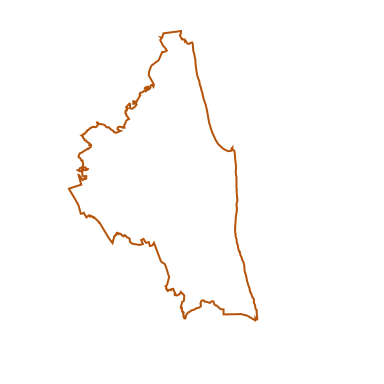 eThekwini, KwaZulu-Natal, South Africa (Albers equal-area conic projection), rotated 319°
{"feature_id": "47623444B60178842862169", "entity_name": "eThekwini", "entity_type": "district", "adm_level": 2, "iso_a3": "ZAF", "parent_name": "South Africa", "parent_adm1": "KwaZulu-Natal", "projection": "albers", "projection_center": [30.82, -29.885], "detail": "fine", "context": "isolated", "style": "outline", "palette": "amber", "viewbox_px": 384, "rotation_deg": 319, "n_neighbors": 0, "source": "geoboundaries", "source_scale": "gbopen_adm2", "svg_char_len": 5948}
<svg xmlns="http://www.w3.org/2000/svg" viewBox="0 0 384 384"><g transform="rotate(319 192 192)"><path d="M290.2,79.1L288.5,78.5L286.7,78.2L286.1,77.3L285.9,75.6L286.5,74.1L286.4,73.6L285.4,73.8L286.0,72.3L286.4,72.0L284.6,70.2L284.9,69.9L284.7,69.8L285.5,65.9L287.4,65.2L289.3,63.3L274.5,53.5L270.9,55.8L269.9,54.8L270.1,55.9L267.7,56.5L266.2,62.0L266.2,67.1L266.0,67.5L265.8,68.7L264.1,68.5L261.8,67.4L261.4,66.8L253.2,70.7L244.6,70.0L242.7,70.7L238.3,73.2L235.9,75.7L233.7,86.0L232.0,87.2L232.2,85.6L231.8,84.7L230.6,84.5L229.4,85.8L228.6,86.1L227.8,86.0L227.5,85.7L227.5,85.0L228.0,84.0L228.0,83.6L225.7,82.7L224.5,82.6L224.2,83.2L224.7,84.4L226.4,85.4L226.5,86.2L224.9,85.6L223.0,85.6L222.1,84.2L219.6,84.2L218.6,83.4L217.7,83.2L216.3,84.1L216.3,85.3L214.6,85.6L212.5,86.5L211.3,86.6L210.5,87.2L209.6,87.5L208.8,87.1L207.3,85.0L206.2,86.1L205.6,87.0L207.8,88.2L207.9,88.7L207.6,89.6L206.4,90.0L204.3,90.2L203.7,90.0L202.5,90.3L202.0,90.1L200.5,89.0L200.2,88.2L202.7,85.4L203.0,84.9L202.8,84.3L198.1,84.7L197.7,85.3L198.5,86.7L197.2,87.0L196.5,87.6L196.1,87.7L195.4,87.1L194.9,87.2L194.2,88.4L193.3,88.8L193.2,89.3L193.5,90.1L192.5,91.8L192.7,92.7L192.6,94.1L192.3,94.5L192.4,95.5L190.0,95.1L188.6,95.3L187.3,95.9L186.6,96.5L184.8,97.1L184.0,97.7L183.7,98.5L183.4,98.9L183.2,98.8L182.9,97.9L182.3,97.5L182.3,98.3L181.4,97.3L181.5,96.8L180.4,95.4L178.9,94.6L178.2,94.7L177.7,95.3L177.0,95.6L177.7,98.4L178.1,99.0L173.5,97.5L173.5,97.1L172.4,95.5L172.7,94.1L171.8,91.5L171.7,88.4L170.6,88.0L169.8,86.1L170.0,85.1L169.8,83.6L168.2,81.4L166.6,79.9L166.5,78.0L165.5,76.5L165.7,77.7L165.4,79.1L164.2,80.0L163.5,79.9L162.6,80.1L161.7,79.8L161.1,78.7L160.6,78.6L159.4,77.5L157.5,77.4L157.3,77.1L156.8,76.9L155.0,77.2L154.0,77.0L153.7,76.7L152.2,77.4L151.8,77.1L149.1,77.7L147.9,77.0L147.0,77.4L145.7,76.9L146.1,78.5L145.3,79.5L145.5,81.4L145.0,82.1L145.3,83.1L145.8,83.6L145.8,84.4L145.4,84.9L146.6,88.1L146.3,88.6L145.3,89.1L145.6,89.5L146.6,89.9L146.6,90.6L145.2,91.5L144.3,91.4L143.0,91.6L142.5,91.5L142.7,91.3L142.1,90.9L139.0,90.6L137.1,90.1L135.1,90.1L132.6,89.2L129.5,90.8L129.3,91.5L129.9,92.8L129.6,94.1L129.3,94.8L129.2,96.0L129.4,96.3L129.8,96.2L130.1,96.5L129.2,97.3L128.2,99.6L126.8,100.6L124.8,101.3L123.4,100.6L122.9,100.5L121.5,101.1L120.1,100.6L120.8,102.6L121.4,103.2L125.3,103.0L126.0,102.1L126.7,102.5L127.7,103.5L127.4,105.4L128.6,106.3L128.5,106.5L128.1,106.5L126.8,106.2L124.4,104.2L123.4,104.2L122.1,104.6L121.7,105.7L120.5,107.1L120.2,108.3L120.4,109.0L122.6,110.6L122.4,111.0L121.7,110.8L121.1,111.0L121.1,112.3L120.5,112.5L119.1,111.3L117.9,111.4L117.1,111.1L117.6,109.7L117.8,108.1L117.6,106.9L117.9,105.4L117.6,104.8L113.2,113.8L101.6,108.8L101.2,108.8L98.9,121.7L97.6,127.6L93.8,135.5L95.0,136.2L96.7,136.7L95.6,141.9L98.8,141.9L98.9,143.7L100.2,143.5L100.7,146.7L101.5,146.6L102.1,154.4L101.7,154.5L101.9,155.6L98.9,172.7L98.5,178.4L104.7,174.2L105.5,174.7L105.8,174.5L107.0,174.7L107.3,174.4L107.5,173.7L108.9,173.7L109.2,174.3L109.1,175.6L109.6,175.6L110.1,175.8L110.8,177.1L110.6,178.2L111.2,180.6L111.9,180.7L112.5,180.2L112.8,180.3L113.2,181.2L113.2,183.5L114.1,185.4L114.2,186.3L114.1,186.8L113.7,187.1L112.5,189.1L113.1,192.0L117.8,197.7L120.8,199.0L122.1,194.9L124.6,195.6L124.1,198.8L124.1,200.4L126.5,201.4L124.8,205.2L127.1,206.3L130.0,205.4L123.1,223.9L123.3,225.9L124.2,228.0L123.6,230.5L118.9,241.2L112.2,245.8L110.1,245.8L110.1,246.9L109.8,247.5L109.0,248.0L109.3,248.6L108.6,250.5L108.7,250.8L109.2,251.0L110.4,250.7L111.3,251.5L111.7,251.5L111.9,252.4L113.1,252.0L113.6,252.4L114.1,252.5L114.3,252.9L113.1,255.9L112.9,257.6L112.7,257.9L112.2,257.6L111.6,257.9L111.4,258.1L111.5,258.7L111.9,258.9L112.7,260.2L115.3,260.9L116.5,260.7L117.9,260.1L117.7,261.5L118.3,262.1L118.1,263.2L118.3,264.2L118.2,265.1L114.5,268.8L112.4,268.6L107.7,271.8L107.7,272.4L108.3,272.9L107.8,273.5L107.1,273.7L106.7,275.4L106.2,275.8L106.7,276.8L106.5,277.2L106.0,277.1L105.9,277.3L106.2,277.9L105.4,278.2L104.9,279.2L104.1,280.0L103.4,281.8L103.4,282.4L103.6,282.8L104.1,283.0L104.6,282.8L105.5,282.1L105.4,281.6L105.5,281.4L110.2,280.4L110.8,280.7L114.3,281.1L115.7,282.0L118.8,282.6L121.4,283.9L123.3,284.1L124.3,283.7L125.1,281.8L127.2,280.5L128.3,280.5L129.5,281.1L129.8,282.5L129.7,283.0L131.3,285.0L132.7,287.4L135.1,287.5L136.0,288.0L136.3,288.5L136.2,289.2L135.3,290.8L135.2,292.2L135.5,293.2L136.1,293.7L136.7,299.2L138.8,301.3L135.5,305.1L148.9,316.3L152.5,321.5L155.4,330.1L156.2,329.2L156.5,329.2L156.6,329.5L157.0,329.0L156.9,329.6L157.2,330.2L157.3,330.4L157.5,330.1L158.1,330.5L161.7,325.4L162.8,324.2L163.3,323.9L163.4,323.5L163.2,323.0L163.3,322.1L164.0,320.7L165.2,319.1L165.9,316.7L166.5,315.6L168.5,313.4L168.5,311.6L169.0,309.7L170.0,307.9L169.9,307.5L170.2,306.8L170.1,306.4L170.4,306.1L170.6,305.0L171.1,304.5L171.2,303.9L172.4,302.3L172.5,301.3L175.1,295.4L177.9,290.7L179.1,287.7L180.4,285.4L183.6,281.2L184.6,279.1L185.5,275.8L186.7,273.5L186.7,273.0L187.5,270.5L188.2,269.6L188.6,268.5L188.9,268.4L188.9,268.1L188.6,267.9L188.8,267.2L190.0,264.7L192.0,261.7L192.0,261.0L192.7,259.6L194.6,256.9L195.6,254.5L196.6,253.0L197.6,252.1L197.7,251.4L199.9,248.5L200.4,248.2L200.7,247.7L208.2,240.1L210.2,238.2L211.5,237.4L212.9,235.9L213.8,235.4L216.2,232.5L216.4,231.7L217.0,231.0L219.4,229.0L220.2,228.7L220.6,228.0L221.7,227.1L221.7,226.7L223.8,223.9L226.3,220.6L228.0,218.8L228.0,218.5L228.7,217.5L233.8,211.8L234.9,210.2L235.8,209.5L236.1,208.4L238.2,205.5L240.4,203.4L242.8,200.5L245.5,196.4L250.3,190.0L250.8,188.8L250.9,187.8L250.5,187.1L250.5,186.2L251.6,185.0L250.1,185.3L249.0,186.7L247.0,185.7L246.2,184.9L245.2,183.2L244.4,181.1L243.7,178.8L243.8,178.1L243.2,173.8L243.4,171.5L243.8,169.0L246.4,160.0L250.4,150.9L256.3,141.2L259.5,135.4L261.8,129.5L263.8,125.7L264.8,124.1L266.1,120.8L267.1,119.4L268.6,115.5L270.3,113.1L270.9,111.0L272.0,108.3L273.3,105.9L278.2,98.4L281.7,93.8L282.4,92.3L284.1,89.6L285.7,86.1L289.6,80.9L290.2,79.1Z" fill="none" stroke="#b45309" stroke-width="2"/></g></svg>